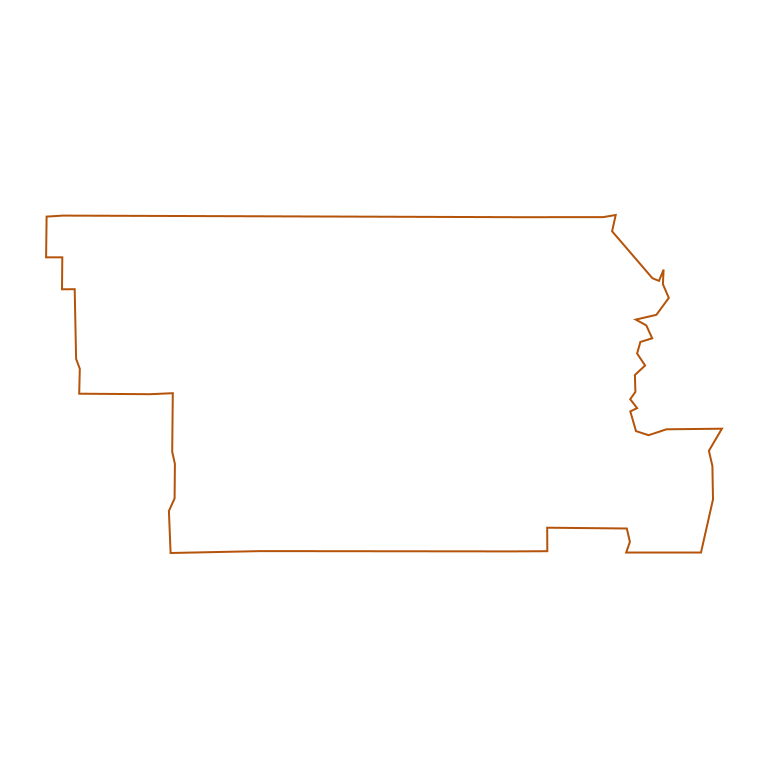 the district of Glenn, California, United States of America
{"feature_id": "52423323B940291063109", "entity_name": "Glenn", "entity_type": "district", "adm_level": 2, "iso_a3": "USA", "parent_name": "United States of America", "parent_adm1": "California", "projection": "mercator", "projection_center": [-122.275, 39.592], "detail": "fine", "context": "isolated", "style": "outline", "palette": "amber", "viewbox_px": 768, "rotation_deg": 0, "n_neighbors": 0, "source": "geoboundaries", "source_scale": "gbopen_adm2", "svg_char_len": 753}
<svg xmlns="http://www.w3.org/2000/svg" viewBox="0 0 768 768"><path d="M46.6,216.6L46.1,257.3L62.3,257.3L62.0,289.3L74.7,289.2L76.1,358.9L79.8,368.8L79.2,393.7L149.7,394.2L172.8,393.2L172.2,451.7L174.9,463.9L174.6,498.4L168.9,511.0L170.6,553.0L260.9,551.1L512.1,551.4L547.3,551.2L547.2,527.7L626.8,528.5L629.9,541.9L626.2,552.5L701.0,552.5L713.0,499.4L712.4,466.0L708.9,450.8L721.9,428.7L666.5,429.3L648.5,435.2L636.0,431.1L630.3,411.4L637.1,408.1L630.2,399.2L635.4,391.9L634.9,375.0L645.1,365.5L637.1,353.5L640.4,341.9L652.2,338.3L646.3,325.4L635.8,319.6L656.4,314.8L668.8,297.9L662.9,284.2L663.6,269.6L659.0,280.9L652.4,278.2L612.1,231.3L615.7,215.0L603.3,217.1L520.9,217.2L62.7,215.6L46.6,216.6Z" fill="none" stroke="#b45309" stroke-width="2"/></svg>